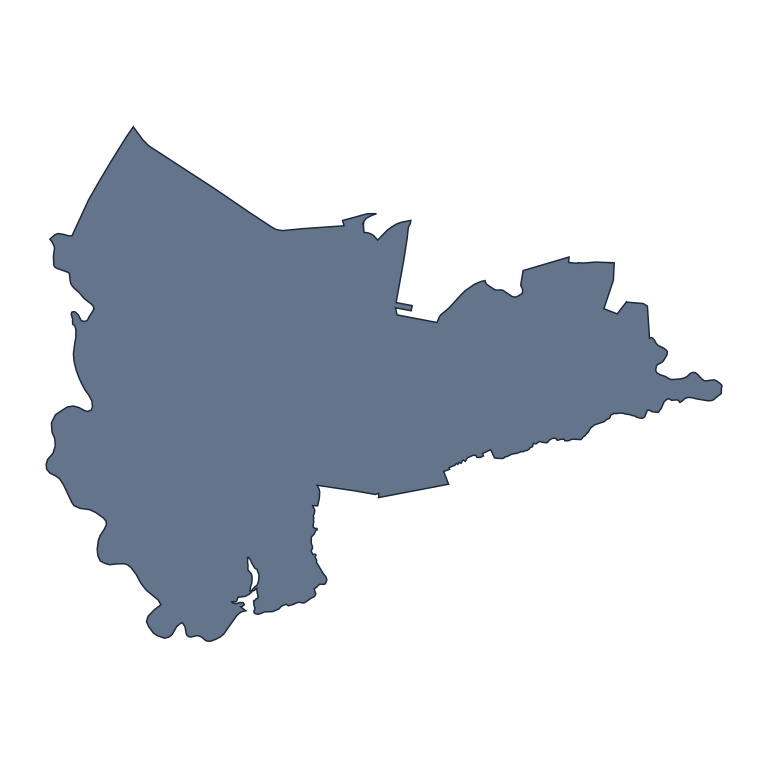 Canterbury-Bankstown, New South Wales, Australia
{"feature_id": "25037944B74578967995842", "entity_name": "Canterbury-Bankstown", "entity_type": "district", "adm_level": 2, "iso_a3": "AUS", "parent_name": "Australia", "parent_adm1": "New South Wales", "projection": "orthographic", "projection_center": [151.073, -33.924], "detail": "fine", "context": "isolated", "style": "filled", "palette": "slate", "viewbox_px": 768, "rotation_deg": 0, "n_neighbors": 0, "source": "geoboundaries", "source_scale": "gbopen_adm2", "svg_char_len": 6048}
<svg xmlns="http://www.w3.org/2000/svg" viewBox="0 0 768 768"><path d="M720.8,394.2L721.3,392.8L721.4,388.8L721.9,386.6L721.8,385.2L719.8,383.1L716.0,380.6L714.0,379.8L705.4,380.9L704.1,380.6L701.9,379.0L697.6,374.4L695.5,372.7L692.9,372.4L690.2,373.5L687.0,376.6L684.4,377.9L680.5,378.9L673.3,379.5L671.1,379.5L669.4,378.8L665.0,376.3L660.6,374.9L657.1,373.0L656.3,371.8L655.7,370.2L656.4,365.9L657.4,364.7L661.7,362.5L663.4,360.9L666.7,355.4L667.2,354.1L667.2,351.4L666.5,350.3L664.1,348.4L657.8,345.2L655.7,342.7L654.3,339.8L651.9,337.6L649.5,338.1L647.4,306.1L643.1,303.5L627.3,302.2L626.6,301.7L617.2,313.9L603.9,308.7L613.4,280.1L614.2,262.8L612.2,262.7L610.5,263.1L610.4,262.6L595.2,262.1L583.9,263.0L577.3,262.8L576.7,263.3L571.0,262.7L568.6,262.4L569.1,257.0L523.1,270.6L520.7,285.2L522.7,289.6L522.3,293.5L517.1,296.6L515.2,297.1L512.1,296.5L503.1,290.4L501.0,289.9L495.8,290.1L494.1,289.3L486.7,284.4L485.5,282.3L485.1,280.6L480.5,281.6L474.2,284.4L465.4,290.6L461.1,294.7L449.2,307.8L440.6,315.0L439.7,316.3L436.9,322.5L397.0,314.9L395.5,307.8L411.2,310.8L412.2,305.6L396.1,302.6L403.5,261.8L407.1,238.8L408.2,228.4L408.9,226.1L410.3,223.5L410.8,220.4L401.6,222.2L396.6,224.0L394.3,225.3L387.8,229.7L377.6,240.1L373.8,235.7L371.8,234.3L368.0,232.8L364.0,232.4L363.4,225.2L363.6,223.6L362.7,223.7L365.5,219.2L366.5,218.2L372.3,215.2L376.5,213.7L367.4,213.7L342.6,220.5L344.1,225.8L302.1,228.7L282.9,230.6L277.5,229.9L274.7,228.8L271.1,226.7L248.8,212.0L214.2,188.4L151.3,147.5L148.1,145.2L142.8,139.8L133.3,126.8L127.3,135.4L111.4,160.8L99.6,180.6L88.6,199.8L71.9,236.0L68.1,235.7L63.7,234.4L58.5,233.6L56.7,234.0L54.7,234.9L49.9,239.1L52.2,242.1L54.2,246.5L54.5,248.7L53.4,256.4L53.8,264.6L54.3,266.3L55.3,267.4L57.1,268.4L67.7,272.2L69.1,273.2L69.6,275.3L70.3,281.5L71.0,284.0L72.2,285.9L74.1,288.2L79.3,292.7L84.0,298.4L91.3,304.1L93.3,306.2L93.9,308.8L92.7,311.2L89.1,316.8L87.8,319.5L86.5,320.9L83.9,321.4L81.2,320.6L78.3,314.9L75.1,311.9L73.2,311.7L71.8,312.2L71.2,314.1L72.7,319.3L72.5,321.1L72.7,324.2L74.7,325.6L75.3,327.3L75.9,330.3L75.8,337.8L74.9,342.3L73.4,353.6L74.0,361.1L76.2,370.1L79.1,378.0L81.8,383.9L85.1,390.1L88.8,395.1L91.9,401.0L92.5,407.0L91.1,410.2L87.6,411.4L84.7,410.7L78.9,407.5L73.2,406.0L67.2,407.0L55.5,414.7L51.4,422.9L52.0,432.1L54.7,438.5L55.3,445.9L52.9,453.4L47.7,459.3L46.1,464.5L46.7,469.2L50.0,473.2L55.6,475.9L59.7,478.9L63.4,484.6L71.8,502.4L73.9,505.6L80.1,508.4L89.5,509.6L95.5,512.4L103.3,517.9L106.1,521.3L106.4,524.8L104.2,529.4L100.1,535.6L98.3,540.6L97.2,549.1L97.9,555.7L100.2,560.9L104.7,563.3L109.5,564.7L117.0,563.9L125.0,563.8L127.8,565.0L130.8,567.4L136.2,574.4L140.8,583.1L146.0,589.9L158.3,600.1L160.9,604.8L154.2,609.9L148.0,616.4L146.5,621.7L148.7,626.6L153.4,633.0L157.3,635.7L164.6,638.2L168.6,637.2L170.3,636.2L172.2,634.4L176.8,626.4L180.9,623.1L182.6,623.0L185.0,626.8L186.2,633.7L187.0,635.4L188.7,636.7L191.2,637.0L196.5,635.7L199.3,636.0L201.9,637.3L205.8,640.7L208.2,641.2L210.7,641.2L215.5,639.4L220.0,637.1L223.5,634.4L236.6,615.8L239.0,613.5L242.0,611.6L245.8,610.8L240.7,606.8L242.6,606.1L244.1,605.0L244.2,604.3L243.2,602.6L242.6,602.4L241.8,602.9L240.0,602.4L236.9,603.6L235.5,603.7L232.8,603.1L231.6,602.1L233.0,601.6L235.9,601.8L236.4,601.5L237.0,600.3L237.9,597.3L245.2,596.4L248.8,594.5L251.8,591.8L251.4,590.7L250.0,591.1L250.0,590.7L250.5,587.2L251.9,582.6L252.1,576.8L251.3,573.8L248.3,570.4L247.9,569.3L248.0,565.4L247.5,561.9L247.7,559.6L247.5,558.4L247.7,557.6L248.1,557.2L250.2,559.3L251.8,563.2L254.7,568.0L255.5,568.7L257.2,569.2L257.5,571.4L258.6,573.6L259.0,575.3L258.6,580.7L257.6,584.0L256.8,585.3L255.1,586.6L252.2,589.7L252.4,590.6L253.1,590.9L253.8,590.6L255.1,589.9L257.1,587.6L256.8,588.9L257.1,591.9L257.3,593.5L258.0,595.0L257.8,596.3L258.2,597.5L257.7,598.2L256.1,598.8L254.9,600.6L253.9,600.5L253.6,601.1L254.1,605.9L255.1,608.2L254.0,611.0L253.9,612.2L255.0,613.6L257.7,614.3L260.2,613.8L264.4,611.9L272.5,611.6L278.9,609.0L281.4,606.2L286.1,604.2L288.2,605.7L288.9,605.7L293.3,604.4L297.1,602.6L299.7,602.3L303.0,603.0L304.7,602.7L310.6,598.5L314.4,596.5L315.0,595.8L315.8,593.9L314.2,588.9L316.9,587.0L319.1,584.5L320.4,584.2L323.6,584.4L325.4,583.7L326.7,580.5L326.8,579.5L325.7,576.5L323.2,573.5L317.9,564.6L316.5,562.7L316.7,560.1L315.0,557.0L315.9,555.7L315.5,554.4L314.6,554.1L312.9,554.5L311.1,550.9L312.4,548.7L312.5,546.9L311.2,542.9L311.4,537.0L314.2,534.1L315.7,530.4L317.3,529.8L317.0,528.5L314.8,528.3L313.3,527.2L313.1,525.4L313.8,521.7L313.4,519.8L313.8,518.0L313.3,515.8L314.4,513.2L314.7,510.9L314.7,510.0L313.8,508.0L312.6,506.2L312.6,505.7L317.6,505.8L319.3,498.5L319.7,491.9L319.1,489.1L317.0,485.3L355.1,490.9L375.4,494.5L378.6,493.5L378.8,495.4L378.5,497.6L448.6,484.2L443.7,471.5L449.7,469.3L449.1,467.5L454.8,465.3L456.5,463.5L458.0,464.3L459.1,462.3L461.0,463.3L462.6,460.4L463.2,460.2L465.2,461.3L467.6,457.7L473.2,455.3L475.9,455.4L476.8,457.3L480.2,457.5L483.5,455.9L482.4,453.6L490.6,449.7L494.5,457.9L496.5,458.3L502.9,458.5L504.5,457.6L504.7,456.9L507.2,456.5L511.5,454.3L517.5,453.1L521.4,451.6L523.1,451.7L525.5,450.6L526.8,450.6L529.1,449.2L530.1,447.7L532.5,446.7L533.1,444.0L533.6,443.4L536.0,443.9L538.7,441.9L540.1,441.5L542.2,442.3L546.7,442.8L547.8,442.1L549.0,440.3L552.5,438.4L555.5,438.2L556.1,438.6L556.5,439.7L558.1,440.3L559.9,439.4L564.2,439.2L564.7,440.6L565.9,440.9L568.9,440.6L571.4,439.4L573.8,439.2L580.7,439.6L581.4,439.3L582.7,437.4L585.3,435.5L586.7,433.5L588.5,431.8L590.5,428.1L594.5,424.9L604.2,421.6L607.1,419.3L609.2,418.5L610.1,417.2L610.7,415.1L614.0,413.5L617.6,413.5L619.1,413.0L622.5,413.2L625.3,414.0L629.8,414.6L631.6,415.4L634.4,415.9L637.2,417.4L641.6,418.3L643.6,417.8L644.8,416.7L647.3,410.4L648.1,410.1L649.5,410.3L652.0,411.7L657.8,412.4L658.8,412.1L659.7,410.2L661.2,408.6L663.8,402.4L664.4,401.5L667.1,399.2L669.3,398.9L671.5,400.3L676.8,399.9L678.6,400.5L679.8,402.4L681.9,401.3L685.1,398.3L688.3,397.4L692.8,397.8L695.6,398.7L707.2,400.7L709.9,400.7L711.7,400.5L713.7,399.7L718.7,395.4L720.8,394.2Z" fill="#64748b" stroke="#1e293b" stroke-width="1.5"/></svg>